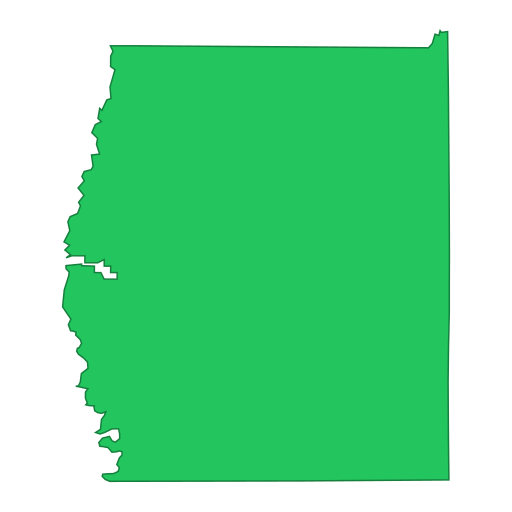 Grand, Utah, United States of America (Albers equal-area conic projection)
{"feature_id": "52423323B60720449434495", "entity_name": "Grand", "entity_type": "district", "adm_level": 2, "iso_a3": "USA", "parent_name": "United States of America", "parent_adm1": "Utah", "projection": "albers", "projection_center": [-109.925, 39.0], "detail": "fine", "context": "isolated", "style": "filled", "palette": "green", "viewbox_px": 512, "rotation_deg": 0, "n_neighbors": 0, "source": "geoboundaries", "source_scale": "gbopen_adm2", "svg_char_len": 1805}
<svg xmlns="http://www.w3.org/2000/svg" viewBox="0 0 512 512"><path d="M448.9,479.9L448.4,435.2L448.1,381.1L448.5,347.1L449.3,311.4L449.3,298.1L449.3,297.8L449.3,281.0L449.3,280.9L449.4,255.2L449.2,198.5L448.4,90.5L447.6,31.6L441.3,32.4L440.1,30.7L438.8,35.5L435.1,34.1L432.3,43.5L428.5,47.8L134.9,45.8L110.4,45.8L113.0,51.3L110.7,56.1L110.6,66.6L115.0,69.6L110.0,87.0L111.0,98.5L106.8,99.9L101.9,110.4L99.7,108.4L98.0,118.5L101.4,121.6L95.3,124.6L91.8,132.7L97.6,138.3L96.5,144.3L99.6,154.1L91.5,155.0L93.1,166.3L91.2,169.7L84.2,171.5L81.9,176.5L84.3,180.8L78.1,188.0L84.0,195.4L78.6,202.3L80.5,205.8L77.6,213.5L70.2,216.6L67.9,221.8L69.8,230.7L64.0,241.9L69.6,245.2L64.9,250.0L70.4,254.7L66.1,257.8L71.8,255.8L84.9,255.8L84.9,262.8L97.7,262.8L104.2,259.5L104.2,266.1L110.7,266.1L110.6,272.6L117.2,272.6L117.1,279.2L104.1,279.1L100.9,272.6L94.4,272.6L94.4,266.1L81.6,265.7L81.6,264.1L66.0,265.6L66.0,268.1L66.4,269.2L69.2,272.0L68.7,275.9L64.3,289.8L62.6,306.9L70.9,319.1L68.4,324.7L70.6,330.8L73.2,331.1L76.1,332.2L75.7,335.1L80.2,339.5L81.6,343.3L79.1,347.7L77.4,348.2L76.7,351.3L78.5,354.3L83.7,358.1L87.5,362.1L88.0,368.4L81.4,373.5L80.3,382.0L78.5,385.9L75.8,386.2L80.5,387.1L88.0,388.8L85.5,391.9L85.4,397.9L87.3,403.1L85.8,404.8L89.3,405.6L94.4,405.9L94.0,407.1L94.7,410.8L97.9,412.7L101.7,413.3L105.7,411.8L104.4,415.4L101.5,419.4L100.5,429.3L95.6,432.5L100.1,434.0L105.0,432.3L111.9,428.9L118.6,428.8L119.6,433.8L119.7,438.6L115.3,442.2L112.1,440.9L109.4,436.4L102.4,438.2L98.8,442.6L99.9,446.3L103.0,446.6L108.1,447.6L111.9,452.2L117.2,451.7L118.7,450.9L122.1,451.7L122.0,455.1L119.4,457.8L116.8,464.5L119.4,467.7L118.1,471.5L113.5,473.6L107.5,473.8L102.7,474.2L102.2,476.4L105.3,479.5L109.2,481.0L109.4,481.3L302.8,480.9L448.9,479.9Z" fill="#22c55e" stroke="#15803d" stroke-width="1.5"/></svg>